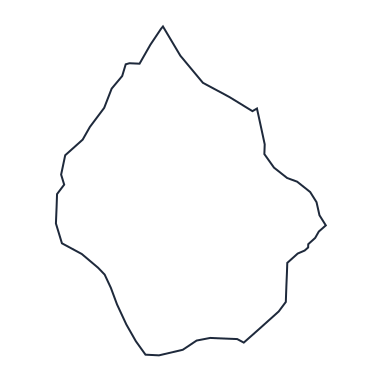 outline of Sunchon City, P'yŏngan-namdo, North Korea, rotated 92°
{"feature_id": "82179303B13009461499859", "entity_name": "Sunchon City", "entity_type": "district", "adm_level": 2, "iso_a3": "PRK", "parent_name": "North Korea", "parent_adm1": "P'yŏngan-namdo", "projection": "natural_earth1", "projection_center": [125.947, 39.488], "detail": "fine", "context": "isolated", "style": "outline", "palette": "slate", "viewbox_px": 384, "rotation_deg": 92, "n_neighbors": 0, "source": "geoboundaries", "source_scale": "gbopen_adm2", "svg_char_len": 893}
<svg xmlns="http://www.w3.org/2000/svg" viewBox="0 0 384 384"><g transform="rotate(92 192 192)"><path d="M27.6,226.8L29.9,228.6L46.2,238.7L65.6,248.9L65.5,259.0L66.7,262.7L78.5,265.8L91.5,275.9L111.0,282.7L130.5,296.3L143.5,303.1L159.7,320.0L179.2,323.4L189.1,320.0L198.8,326.8L211.8,326.8L228.2,326.9L247.8,320.2L257.8,300.0L271.0,283.2L277.6,276.4L290.7,269.7L307.0,263.0L326.7,253.0L343.1,242.9L356.2,232.8L356.4,219.3L350.0,195.7L340.3,182.2L337.2,168.7L337.3,158.6L337.4,141.7L340.7,135.0L327.8,121.4L318.1,111.3L308.4,101.2L298.6,94.4L282.3,94.4L269.3,94.3L259.5,94.3L249.8,84.2L246.6,77.4L243.4,74.0L240.1,74.0L233.6,67.3L227.1,63.9L220.7,57.1L210.8,63.8L197.8,67.2L187.9,73.9L178.0,87.3L174.7,97.4L164.8,110.9L151.6,121.0L141.8,121.0L128.7,124.3L115.7,127.6L106.3,130.0L109.1,134.4L95.8,157.9L82.5,184.9L56.2,208.4L27.6,226.8Z" fill="none" stroke="#1e293b" stroke-width="2"/></g></svg>